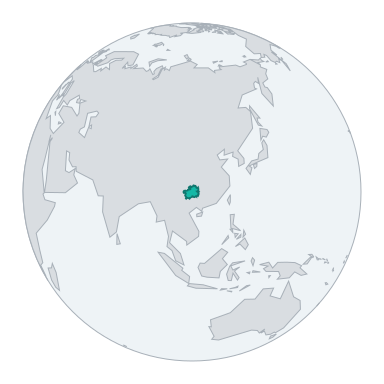 globe centered on Guizhou
{"feature_id": "CHN-1153", "entity_name": "Guizhou", "entity_type": "Province", "adm_level": 1, "iso_a3": "CHN", "parent_name": "China", "parent_adm1": "", "projection": "orthographic", "projection_center": [106.929, 26.939], "detail": "fine", "context": "on_globe", "style": "filled", "palette": "teal", "viewbox_px": 384, "rotation_deg": 0, "n_neighbors": 0, "source": "natural_earth", "source_scale": "10m", "svg_char_len": 14732}
<svg xmlns="http://www.w3.org/2000/svg" viewBox="0 0 384 384"><circle cx="192" cy="192" r="169" fill="#eef3f6" stroke="#a8b0b8"/><path d="M347.3,255.1L347.0,256.1L346.9,256.3L347.3,255.1ZM277.4,46.2L277.5,46.3L278.7,47.1L270.0,44.5L271.0,50.2L276.9,55.0L271.3,52.0L286.2,63.7L290.3,70.9L282.2,61.0L278.7,58.8L279.8,62.6L276.5,61.2L275.1,62.4L271.0,60.6L266.6,55.5L263.9,54.4L264.8,57.2L261.3,57.5L260.4,53.5L254.2,53.8L245.7,46.5L246.4,39.1L238.3,35.4L230.0,29.1L227.4,28.9L222.5,27.1L217.7,26.4L217.5,25.9L213.8,25.8L214.9,26.5L213.6,26.8L210.8,26.5L210.1,25.7L211.4,25.7L209.8,25.3L210.6,25.1L208.6,25.1L208.1,24.4L204.5,24.9L200.7,24.1L201.5,23.8L206.8,24.1L220.1,25.4L232.1,27.9L243.9,31.2L255.4,35.4L266.6,40.4L277.4,46.2ZM350.5,133.9L349.2,130.8L349.6,131.3L350.5,133.9ZM348.7,130.0L349.1,130.8L348.8,130.3L348.7,130.0ZM348.7,130.2L348.8,130.6L348.7,130.2ZM348.8,131.1L348.7,130.5L348.8,130.7L348.8,131.1ZM348.5,131.4L348.3,131.4L348.1,130.5L348.5,131.4ZM280.2,47.9L279.8,47.8L277.8,46.5L280.2,47.9ZM278.5,47.9L276.6,46.6L280.0,48.2L280.0,48.4L278.5,47.9ZM281.9,59.0L280.9,57.1L283.0,59.5L281.9,59.0ZM275.6,62.9L277.0,64.0L275.7,64.2L275.6,62.9ZM206.3,23.6L205.6,23.6L203.8,23.5L204.1,23.5L206.3,23.6ZM268.3,61.7L265.8,62.0L267.6,60.8L268.3,61.7ZM201.2,23.3L208.5,23.9L210.4,24.1L207.4,24.0L201.2,23.3ZM263.8,61.5L257.9,62.6L260.4,64.9L250.0,59.4L258.5,60.0L260.3,58.1L261.3,60.2L263.8,61.5ZM216.4,26.8L215.1,26.1L218.7,27.0L216.4,26.8ZM219.0,27.3L231.9,30.4L232.4,31.7L228.0,30.2L230.7,32.4L224.5,31.4L221.7,30.0L222.6,29.3L219.6,29.6L219.0,27.3ZM245.3,56.4L243.2,56.1L244.5,55.5L245.3,56.4ZM213.3,27.0L215.9,27.3L216.5,28.4L211.5,27.9L212.9,27.7L213.3,27.0ZM234.4,33.6L233.9,34.5L228.8,33.9L228.0,34.2L224.4,31.5L234.4,33.6ZM211.3,27.3L208.9,27.6L206.1,27.0L210.9,26.7L211.3,27.3ZM218.8,29.0L218.8,29.5L217.1,29.0L218.8,29.0ZM194.8,25.5L197.8,25.6L198.4,26.1L194.8,25.5ZM208.1,27.8L209.1,28.0L209.7,28.3L207.5,28.5L208.1,27.8ZM221.1,31.4L219.1,31.1L222.3,32.5L218.6,32.3L216.9,30.7L216.1,31.3L215.0,31.3L214.8,30.0L221.1,31.4ZM207.1,29.6L203.7,27.8L197.8,27.3L197.2,26.8L206.6,27.7L207.1,29.6ZM211.6,29.9L208.7,29.5L209.3,28.9L211.8,28.8L211.6,29.9ZM216.7,32.9L222.8,33.5L223.0,33.9L216.7,32.9ZM205.2,29.5L206.1,29.9L204.8,29.5L205.2,29.5ZM213.0,31.9L215.2,32.0L215.3,32.4L213.0,31.9ZM206.1,30.9L205.0,30.2L206.6,30.1L206.1,30.9ZM209.2,31.4L208.8,32.0L207.8,30.4L210.1,31.4L209.2,31.4ZM212.8,32.3L213.6,32.6L211.9,32.2L212.8,32.3ZM200.5,32.1L198.9,30.2L202.5,29.7L203.6,31.6L200.5,32.1ZM63.9,81.9L61.5,84.8L58.8,92.8L57.6,95.3L52.5,100.9L46.2,118.6L50.5,115.5L50.1,128.4L53.3,133.5L64.0,122.3L58.8,113.5L63.3,105.8L71.7,107.4L77.0,116.0L78.9,113.3L80.0,103.2L85.8,101.0L80.9,99.5L79.5,103.2L76.5,102.6L77.5,99.3L79.6,98.5L79.2,95.2L69.8,100.6L67.3,105.0L63.7,100.5L59.3,107.5L56.7,108.6L63.2,97.2L66.0,94.4L74.3,80.6L71.0,83.0L62.9,96.4L63.4,94.2L58.8,98.4L62.7,93.5L72.4,79.0L72.2,75.8L63.9,82.0L65.2,80.4L77.4,67.8L81.3,64.4L76.7,70.0L80.5,67.1L88.2,60.3L86.2,62.9L88.7,61.0L87.7,63.2L92.8,61.8L92.7,63.9L101.2,59.5L102.3,60.1L97.0,62.4L93.3,65.4L93.8,71.6L95.8,71.6L101.3,68.4L100.8,70.9L106.0,67.0L109.5,69.6L109.6,63.5L116.0,60.3L121.7,60.1L123.8,58.2L114.6,58.7L111.0,59.9L107.8,62.7L97.8,66.2L96.2,65.0L106.7,57.8L105.6,55.7L114.3,51.6L133.8,51.7L138.6,54.2L132.9,64.9L128.0,65.8L127.7,62.2L122.1,68.4L125.4,66.5L124.9,68.7L131.0,66.9L130.9,68.4L136.8,64.3L137.4,66.0L133.7,68.6L143.2,68.0L146.3,71.4L148.4,70.6L149.9,68.8L152.8,74.6L154.3,73.8L153.9,71.5L156.5,68.6L162.3,65.8L163.1,67.9L161.0,69.2L157.9,75.5L152.5,79.0L153.3,79.7L158.2,77.2L162.1,69.4L165.4,67.2L164.2,70.7L164.9,69.3L166.8,68.9L169.3,70.6L170.8,66.8L190.4,61.1L197.2,64.5L194.0,67.9L208.4,67.9L214.9,72.7L214.5,70.4L221.2,69.6L219.2,68.0L219.5,66.9L235.7,65.1L240.0,66.8L246.5,64.4L246.3,63.4L243.5,62.0L250.0,59.4L260.4,64.9L260.3,66.9L266.8,69.4L265.7,73.8L267.8,78.9L262.8,82.9L264.9,87.0L267.3,87.6L271.9,94.0L273.3,106.0L261.9,93.5L257.7,77.3L258.5,83.4L255.3,81.4L253.7,83.3L254.5,88.0L256.5,88.9L242.2,95.0L238.1,108.0L245.8,107.4L250.5,111.6L252.6,128.3L237.7,150.8L243.9,158.4L244.2,163.4L238.7,166.4L238.1,159.1L232.6,156.4L233.1,152.1L224.1,155.2L224.4,149.2L217.2,155.0L219.8,159.9L227.7,159.0L221.3,167.1L229.2,175.8L229.9,186.0L216.3,203.4L202.6,208.2L201.7,211.3L196.4,207.4L189.1,213.1L198.9,231.4L198.6,236.4L186.8,245.1L186.6,241.4L172.5,231.0L169.6,242.7L180.4,253.5L184.0,265.0L175.7,260.8L172.0,250.6L167.0,246.6L168.5,236.4L164.6,220.3L156.2,222.1L157.0,215.9L150.3,201.7L138.4,203.8L119.2,216.6L116.4,232.0L109.9,237.2L102.6,211.9L103.3,196.0L98.2,195.8L92.8,179.9L76.2,171.3L76.1,166.7L72.5,166.8L69.0,160.0L69.7,152.6L66.6,150.9L65.4,170.7L69.0,172.6L75.1,168.6L73.8,174.9L77.5,183.0L65.4,192.7L44.5,192.4L46.3,180.3L50.0,141.7L52.0,138.8L52.1,138.4L52.4,137.6L48.9,141.9L50.8,134.8L44.7,159.8L42.1,169.4L44.2,192.9L43.0,194.0L44.9,199.7L55.3,202.7L54.5,206.4L47.3,220.0L36.2,233.2L39.8,250.2L42.8,262.7L40.7,265.1L45.8,275.8L45.4,276.0L48.0,280.5L42.2,270.2L37.1,259.5L32.8,248.5L29.2,237.2L26.4,225.7L24.5,214.0L23.4,202.2L23.0,190.4L23.6,178.6L24.9,166.8L27.1,155.2L30.1,143.7L33.9,132.5L38.4,121.6L43.7,111.0L49.7,100.8L56.5,91.1L63.9,81.9ZM78.8,132.5L84.5,137.6L88.6,127.4L91.2,128.7L91.6,125.0L88.9,126.7L91.0,117.0L95.9,116.8L98.7,113.0L96.9,111.1L87.6,113.3L84.4,126.9L80.3,129.1L78.8,132.5ZM104.1,50.3L101.5,52.2L98.7,53.6L98.9,52.2L103.0,50.1L104.1,50.3ZM98.6,54.9L109.0,48.8L109.3,49.8L107.4,50.2L106.5,51.5L103.2,52.5L93.3,59.9L90.2,61.7L92.1,57.4L93.2,57.6L95.7,55.5L98.6,54.9ZM135.0,35.5L139.5,34.0L134.4,38.0L130.8,39.0L130.7,37.3L134.9,35.2L135.0,35.5ZM194.4,23.6L196.5,23.5L195.1,23.8L194.4,23.6ZM186.8,23.1L194.2,23.1L198.9,23.2L193.1,23.2L191.5,23.5L192.3,23.7L197.9,24.5L207.2,25.4L207.2,26.2L204.7,26.6L202.4,26.5L203.2,25.9L199.6,26.3L199.0,25.3L196.2,25.5L185.6,24.2L187.4,23.9L179.1,24.0L180.6,23.5L186.0,23.4L180.9,23.4L186.4,23.1L184.7,23.2L186.8,23.1ZM175.1,36.6L176.9,34.9L169.7,37.5L169.0,35.7L168.2,36.1L165.6,35.4L161.0,35.3L161.5,34.4L159.5,34.8L157.7,34.4L155.1,34.7L155.1,33.4L152.0,33.8L153.7,33.0L148.3,34.0L152.3,32.8L150.4,32.5L147.5,33.9L153.5,28.4L152.9,27.8L150.3,28.3L157.5,26.6L164.6,25.4L170.6,25.1L170.1,26.2L173.4,25.5L174.2,25.9L171.2,26.3L176.2,26.0L176.1,26.5L181.4,27.6L188.8,27.4L190.9,28.0L187.9,28.4L192.1,28.8L188.0,30.0L189.4,30.5L186.8,32.5L180.3,33.2L182.4,33.8L180.5,35.6L175.1,36.6ZM199.6,32.6L191.9,33.4L187.8,33.0L194.1,29.8L193.4,29.2L197.3,27.6L203.2,28.4L201.5,28.7L201.3,29.2L199.5,28.8L200.8,29.6L198.5,30.1L198.9,31.0L196.3,30.9L199.6,32.6ZM59.5,94.4L59.1,95.8L59.3,97.3L56.5,100.2L59.5,94.4ZM65.9,84.5L66.0,85.0L62.1,89.3L62.5,88.1L65.9,84.5ZM69.5,81.9L66.4,84.7L68.3,82.5L69.5,81.9ZM97.5,62.9L98.1,63.6L96.8,64.5L95.0,65.2L97.5,62.9ZM153.4,45.4L155.1,44.1L156.1,44.2L161.8,42.3L162.8,43.7L159.7,45.3L153.4,45.4ZM61.2,123.0L58.3,124.0L58.7,121.9L59.6,122.0L61.2,123.0ZM55.8,111.4L55.4,115.7L55.0,112.2L55.8,111.4ZM155.4,46.6L157.7,45.6L156.8,46.9L155.4,46.6ZM163.8,44.6L163.3,46.0L163.6,43.6L163.8,44.6ZM123.3,344.9L126.8,346.6L124.5,345.9L123.3,344.9ZM56.1,272.4L59.5,290.4L55.7,287.2L51.6,280.0L48.1,268.0L51.5,267.9L52.3,263.4L56.1,272.4ZM226.8,290.8L231.8,291.3L231.6,291.9L226.8,290.8ZM221.5,288.7L227.3,288.8L220.4,290.1L221.5,288.7ZM229.5,288.8L235.5,287.3L238.0,286.1L237.6,287.5L229.5,288.8ZM217.5,288.8L195.9,288.2L187.4,285.9L189.4,283.6L203.2,284.8L217.5,288.8ZM188.7,283.5L175.7,275.5L158.1,252.2L164.4,253.4L182.9,268.2L181.7,270.3L189.6,276.5L188.7,283.5ZM220.3,271.4L219.0,277.9L207.1,277.2L201.7,276.0L198.0,267.4L200.1,263.1L204.5,263.4L221.7,248.6L227.7,252.3L222.4,258.7L227.3,264.5L220.3,271.4ZM117.0,233.6L120.3,243.8L116.8,244.4L117.0,233.6ZM228.7,237.8L221.7,244.6L228.1,235.5L228.7,237.8ZM232.5,229.2L232.9,232.6L230.1,229.3L232.5,229.2ZM201.5,216.1L196.8,216.7L196.7,214.2L202.7,212.0L201.5,216.1ZM230.4,194.6L230.3,202.1L229.4,204.6L227.3,200.1L230.4,194.6ZM166.8,59.9L157.8,60.7L151.9,62.9L149.6,66.3L149.0,62.1L158.1,58.8L166.8,59.9ZM187.4,60.6L189.4,58.1L191.1,59.3L190.9,60.0L187.4,60.6ZM186.7,59.0L184.3,55.9L187.1,54.6L188.5,57.3L186.7,59.0ZM169.5,50.4L166.8,50.4L167.6,49.3L169.5,50.4ZM269.3,338.8L270.5,336.1L276.4,334.0L272.8,337.2L269.3,338.8ZM316.7,306.0L319.4,302.8L317.7,304.9L316.7,306.0ZM251.5,330.1L218.6,340.0L211.7,339.3L214.1,336.3L208.9,326.6L211.3,326.8L210.5,319.8L230.3,312.7L244.7,299.3L255.0,299.1L263.2,288.9L273.6,288.1L270.1,295.9L280.3,298.8L288.6,281.1L293.6,296.8L300.1,300.5L300.4,309.3L283.6,327.9L275.3,332.8L274.3,332.1L270.6,334.2L265.9,334.9L264.4,331.1L260.8,333.1L264.8,329.0L259.3,333.0L257.4,330.5L251.5,330.1ZM325.2,282.8L326.4,282.6L327.8,284.1L325.9,284.8L325.2,282.8ZM344.2,261.1L344.4,261.9L343.3,263.3L344.2,261.1ZM346.9,256.3L345.7,258.2L347.3,255.1L346.9,256.3ZM333.1,269.7L333.6,270.4L333.0,271.1L333.1,269.7ZM332.7,269.7L333.6,267.6L333.3,269.3L332.7,269.7ZM327.6,263.6L328.4,262.4L328.7,262.9L327.6,263.6ZM239.3,291.0L246.5,285.7L250.3,285.0L239.3,291.0ZM326.5,262.2L324.5,262.9L324.8,261.9L326.5,262.2ZM326.8,259.9L326.7,258.7L327.7,261.3L326.8,259.9ZM323.0,258.5L325.4,259.9L322.7,258.9L323.0,258.5ZM321.5,259.4L319.7,259.0L319.8,258.6L321.5,259.4ZM300.0,267.8L306.9,274.0L301.1,275.4L294.7,271.9L289.3,277.8L277.3,279.2L280.2,275.8L278.6,271.5L266.0,271.4L263.5,268.7L268.0,266.1L259.6,264.6L268.8,262.2L272.6,268.0L277.7,262.4L286.6,262.2L295.0,262.6L301.6,265.7L300.0,267.8ZM268.7,275.8L270.3,275.6L268.9,277.6L268.7,275.8ZM316.2,256.9L318.9,259.0L318.5,259.8L317.2,259.8L316.2,256.9ZM303.2,264.2L310.3,257.3L312.0,256.9L307.2,263.9L303.2,264.2ZM308.7,254.5L311.9,254.3L313.6,256.6L312.9,257.6L308.7,254.5ZM249.9,272.0L249.5,273.8L247.1,272.6L249.9,272.0ZM253.0,270.7L260.3,272.0L252.4,272.3L253.0,270.7ZM230.7,265.9L232.9,270.0L239.7,267.0L234.5,271.0L239.1,277.5L237.5,280.1L233.0,273.1L231.3,280.6L228.2,280.5L226.6,274.2L229.7,266.2L232.7,262.8L245.1,260.9L230.7,265.9ZM253.0,265.7L251.1,261.0L252.5,257.7L254.6,260.1L253.0,265.7ZM245.3,249.6L240.0,244.1L235.4,246.5L244.8,238.0L248.3,244.7L245.3,249.6ZM240.8,237.1L236.4,239.3L240.9,234.4L240.8,237.1ZM235.2,237.4L234.7,233.3L238.2,233.8L235.2,237.4ZM243.0,237.2L243.8,230.2L245.6,234.2L243.0,237.2ZM233.0,224.2L240.6,230.7L230.9,228.1L230.2,214.7L234.3,214.3L233.0,224.2ZM254.5,168.5L253.4,164.6L257.0,163.5L256.8,166.4L254.5,168.5ZM267.9,157.6L257.6,162.0L249.2,166.0L251.9,167.7L250.3,174.4L246.0,168.4L251.7,160.9L258.1,159.1L258.8,153.5L263.3,149.5L261.8,142.8L263.7,139.8L267.0,145.5L267.9,157.6ZM260.9,140.1L259.9,128.4L267.0,129.5L268.8,132.3L266.3,137.1L262.7,136.2L260.9,140.1ZM261.8,126.0L258.3,125.1L249.6,108.8L249.5,105.8L259.9,118.1L257.1,118.0L258.0,122.0L261.8,126.0ZM244.0,57.2L243.2,56.2L245.1,57.0L244.0,57.2ZM218.3,66.1L219.0,64.7L221.1,65.5L218.3,66.1ZM222.2,61.6L219.3,61.6L222.1,60.7L222.2,61.6ZM212.9,61.9L218.0,61.1L213.5,63.2L212.9,61.9Z" fill="#d9dde1" stroke="#a8b0b8" stroke-width="1"/><path d="M193.5,185.2L193.6,185.3L193.8,185.4L193.9,185.5L194.2,185.5L194.2,185.8L194.3,185.9L194.4,186.0L194.5,185.9L194.9,185.7L195.2,185.7L195.5,185.7L195.5,185.8L195.6,186.1L195.6,186.3L195.7,186.5L195.6,186.8L195.8,186.9L196.0,187.0L196.2,186.9L196.3,187.1L196.3,187.6L196.4,187.9L196.5,187.9L196.5,187.7L196.4,187.5L196.5,187.5L196.6,187.4L196.8,187.6L196.7,188.1L196.8,188.2L197.0,188.2L197.4,188.2L197.6,188.3L197.6,188.2L197.7,187.9L197.8,187.5L197.9,187.4L198.0,187.3L198.0,187.5L198.1,187.9L198.3,188.0L198.2,188.6L198.3,188.6L198.2,188.8L198.3,189.0L198.2,189.1L198.3,189.3L198.3,189.5L198.5,189.6L198.6,189.8L198.6,190.0L198.2,190.3L198.1,190.5L197.9,190.5L197.7,190.7L197.5,191.0L197.3,191.0L197.2,191.2L197.1,191.4L197.1,191.5L196.9,191.5L197.0,191.6L197.2,191.8L197.3,191.7L197.7,191.4L197.8,191.4L197.7,191.5L197.8,191.5L198.0,191.3L198.3,191.3L198.6,191.4L198.6,191.5L198.8,191.6L198.8,191.9L198.7,191.9L198.6,192.1L198.8,192.1L198.5,192.5L198.2,192.6L198.3,192.7L198.4,192.8L198.5,192.9L198.5,193.1L198.3,193.4L198.2,193.7L198.3,193.8L198.6,193.9L198.5,194.0L198.6,194.4L198.7,194.6L198.5,194.8L198.5,195.0L198.4,195.1L198.3,195.5L198.2,195.5L198.1,195.4L197.9,195.3L197.9,195.5L197.8,195.4L197.7,195.3L197.3,195.4L197.1,195.6L197.2,195.8L197.4,195.6L197.6,195.5L197.6,195.9L197.6,196.1L197.3,196.1L196.9,196.1L196.9,195.9L196.7,195.9L196.6,196.0L196.4,196.3L196.4,196.5L196.5,196.6L196.5,196.8L196.4,196.7L196.2,196.4L196.0,196.2L195.8,196.2L195.6,196.1L195.4,196.3L195.2,196.5L195.2,196.9L195.1,197.0L194.7,197.1L194.5,197.3L194.3,197.3L194.2,197.1L193.9,196.9L193.7,196.9L193.6,197.1L193.4,197.0L193.5,196.9L193.3,196.8L193.3,196.7L193.2,196.6L193.0,196.4L192.8,196.1L192.6,196.2L192.4,196.2L192.2,196.2L192.2,196.4L192.1,196.5L192.2,196.9L192.2,197.0L191.9,197.0L191.6,197.2L191.3,197.2L191.1,197.4L190.9,197.5L190.7,197.6L190.3,197.8L190.1,197.8L189.9,197.8L190.0,198.1L190.0,198.4L189.7,198.6L189.6,198.8L189.5,198.7L189.3,198.5L189.2,198.5L188.9,198.5L188.8,198.4L188.6,198.3L188.4,198.3L188.2,198.2L188.0,197.9L187.9,197.8L187.7,197.9L187.4,197.7L187.1,197.8L187.0,198.0L186.9,198.3L186.5,198.4L186.4,198.6L186.2,198.6L186.1,198.8L186.0,198.7L185.8,198.6L185.7,198.5L185.6,198.4L185.6,198.2L186.0,197.7L186.0,197.4L186.1,197.2L186.3,197.0L186.3,196.9L186.0,196.8L185.8,196.6L185.7,196.5L185.7,196.2L185.4,196.2L185.1,195.8L185.0,195.7L185.0,195.4L185.3,195.4L185.4,195.1L185.3,194.9L185.5,194.8L185.6,194.6L185.6,194.4L185.6,194.2L185.7,193.9L186.0,193.7L185.9,193.4L185.9,193.2L185.7,193.0L185.5,192.9L185.5,192.7L185.4,192.6L185.2,192.8L184.9,192.8L184.7,192.8L184.4,193.1L184.0,193.1L183.8,193.1L183.7,193.0L183.7,192.8L183.7,192.6L183.5,192.3L183.6,192.1L183.7,191.8L183.6,191.7L183.4,191.7L183.5,191.3L184.0,190.8L184.1,190.6L184.3,190.6L184.5,190.7L184.7,190.8L184.8,190.9L185.0,190.9L185.0,190.7L185.2,190.4L185.3,190.4L185.5,190.7L185.7,190.8L185.9,190.8L186.1,190.8L186.3,190.8L186.5,190.9L186.8,190.8L186.9,190.7L187.0,190.6L187.3,190.6L187.5,190.6L187.5,190.3L187.6,190.2L187.7,189.9L187.7,189.7L187.8,189.6L188.2,189.5L188.3,189.5L188.5,189.7L188.6,189.8L188.8,189.8L188.9,189.7L189.2,189.7L189.3,189.6L189.7,189.6L189.8,189.5L190.0,189.5L190.3,189.5L190.5,189.4L190.4,189.1L190.4,188.9L190.1,188.7L190.1,188.4L189.9,188.3L189.6,188.4L189.3,188.4L189.3,188.2L189.2,188.1L188.8,188.0L188.7,187.9L188.7,187.6L188.6,187.4L188.8,187.1L189.0,187.1L189.3,187.1L189.4,186.8L189.5,186.6L189.8,186.9L190.0,187.0L190.3,187.3L190.4,187.5L190.6,187.3L190.6,187.2L190.8,187.3L190.8,187.1L190.9,186.8L190.8,186.5L190.8,186.4L191.1,186.6L191.2,187.0L191.0,187.3L191.3,187.4L191.5,187.4L191.5,187.2L191.8,187.0L191.8,186.9L191.8,186.7L192.0,186.5L192.2,186.3L192.5,186.2L192.6,186.3L192.8,186.5L193.0,186.5L193.3,186.3L193.4,186.2L193.5,186.0L193.5,185.9L193.4,185.9L193.3,185.7L193.3,185.3L193.4,185.2L193.5,185.2Z" fill="#14b8a6" stroke="#0f766e" stroke-width="1.5"/></svg>